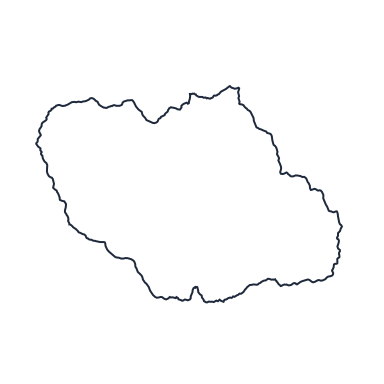 the district of San José Del Palmar, Chocó, Colombia, rotated 68°
{"feature_id": "7082276B34896182965166", "entity_name": "San José Del Palmar", "entity_type": "district", "adm_level": 2, "iso_a3": "COL", "parent_name": "Colombia", "parent_adm1": "Chocó", "projection": "mercator", "projection_center": [-76.278, 4.967], "detail": "fine", "context": "isolated", "style": "outline", "palette": "slate", "viewbox_px": 384, "rotation_deg": 68, "n_neighbors": 0, "source": "geoboundaries", "source_scale": "gbopen_adm2", "svg_char_len": 5985}
<svg xmlns="http://www.w3.org/2000/svg" viewBox="0 0 384 384"><g transform="rotate(68 192 192)"><path d="M280.2,65.9L278.6,66.1L277.2,66.9L275.1,66.9L269.1,65.7L266.6,65.0L264.4,64.9L263.9,65.6L263.9,67.7L263.7,68.7L262.1,70.2L261.6,71.2L260.9,72.0L260.3,72.2L256.1,72.2L254.0,72.6L247.1,72.7L244.0,71.3L240.4,71.5L238.9,72.1L238.2,73.0L238.1,74.1L237.5,75.1L236.0,76.0L234.9,77.3L234.8,80.6L234.6,81.1L232.4,81.1L230.4,80.4L227.6,80.5L226.1,81.0L222.2,81.0L220.7,81.8L219.9,82.4L219.5,84.0L217.8,85.5L216.0,88.4L215.4,90.0L215.4,92.2L215.1,93.3L214.2,94.8L213.2,95.0L211.4,96.2L210.2,96.4L209.3,97.0L209.5,100.2L209.2,101.4L208.3,102.8L206.6,102.8L203.9,100.7L202.3,100.1L199.5,99.9L195.1,100.1L193.3,98.6L190.1,98.8L189.2,99.1L188.7,99.0L186.8,97.7L183.6,97.3L182.0,97.3L180.4,97.7L179.0,98.6L177.9,98.6L174.5,98.2L170.1,97.1L169.1,97.1L167.9,97.3L167.0,98.0L165.4,100.2L163.8,100.5L161.8,102.7L160.0,104.3L158.8,105.9L157.8,106.5L156.2,108.0L149.2,108.0L146.4,107.2L139.8,107.7L138.6,108.1L136.7,109.6L135.1,110.0L134.2,110.7L132.5,111.4L130.9,111.7L129.7,112.7L128.3,115.0L127.6,115.1L126.2,114.1L125.7,114.0L122.4,113.8L120.7,112.4L116.8,111.9L113.9,109.6L113.5,109.4L112.7,109.8L112.7,111.5L112.3,113.6L109.9,116.4L108.0,117.2L108.0,117.8L109.2,122.0L109.8,127.5L111.3,130.4L111.3,132.0L111.6,132.4L111.6,133.5L111.6,134.0L111.0,134.8L110.9,135.4L111.0,135.9L112.1,137.3L112.3,139.8L112.0,140.1L112.0,140.8L110.7,142.3L110.7,143.3L109.5,143.9L108.9,146.0L107.8,146.7L106.7,149.4L106.1,150.3L104.0,151.9L103.0,151.9L102.7,152.5L101.6,153.1L101.6,153.7L101.0,154.5L101.1,155.8L100.6,156.4L100.3,157.2L102.4,157.8L104.5,158.9L107.0,160.9L108.5,161.7L108.6,162.8L107.3,163.3L107.1,163.7L107.2,167.0L108.0,169.4L108.4,169.7L109.7,170.1L111.1,172.3L110.0,174.3L108.7,175.3L107.9,176.3L106.6,178.1L106.3,178.9L105.5,179.8L105.9,182.0L106.4,182.4L106.9,183.3L108.3,184.4L109.2,187.2L109.8,188.2L110.5,188.6L110.7,192.5L111.7,193.7L111.6,194.6L111.8,195.6L113.4,197.1L114.0,198.0L114.2,199.1L114.1,201.0L113.3,202.4L108.2,207.3L105.5,207.7L103.5,208.6L101.6,209.0L98.9,208.6L95.5,210.7L91.7,211.9L87.2,212.2L84.6,212.9L83.9,214.2L83.6,215.8L82.9,217.3L82.6,221.7L83.4,223.1L84.6,224.0L84.9,224.6L85.0,225.6L84.9,226.9L84.0,229.2L83.7,229.9L82.5,231.3L82.1,232.4L82.4,233.9L82.0,234.5L82.1,235.9L81.8,237.0L82.1,239.6L80.6,242.3L78.2,244.2L76.2,245.5L72.9,245.8L71.1,247.3L70.6,247.3L68.9,248.2L67.9,249.0L67.2,250.2L67.1,251.5L67.7,252.9L67.9,255.1L67.8,257.2L67.2,259.3L67.2,261.0L65.7,263.4L65.4,265.7L64.3,267.5L63.7,269.8L64.4,274.4L64.4,277.6L63.7,280.0L61.5,282.5L61.2,284.1L61.1,285.8L61.7,286.6L61.9,288.5L62.5,289.7L62.2,291.0L63.1,291.5L63.5,292.1L63.9,294.6L64.6,295.4L66.0,295.8L68.4,299.3L69.9,299.4L70.3,299.7L70.8,300.5L71.7,304.6L72.7,305.9L74.7,306.9L76.8,310.0L78.2,311.0L79.8,311.1L81.9,310.8L82.8,311.0L85.0,315.1L87.2,316.1L87.7,316.6L88.5,318.2L89.1,318.4L92.4,317.6L94.6,316.2L95.2,316.3L96.4,317.0L98.7,316.4L99.4,317.4L100.1,317.8L101.7,317.5L102.2,317.1L104.8,317.7L107.5,317.5L109.0,317.1L110.5,316.2L112.8,316.1L118.3,318.7L120.4,319.1L123.5,318.8L125.3,317.7L126.2,316.6L127.7,316.2L132.8,316.9L135.7,319.0L136.2,319.1L138.4,318.1L139.9,317.0L141.7,317.1L143.0,316.7L144.8,316.7L147.7,316.8L149.2,317.4L149.9,317.4L151.7,315.6L152.8,313.9L156.0,313.3L159.1,314.9L161.3,316.6L162.1,317.0L163.4,317.3L165.5,316.8L166.8,316.8L167.3,316.5L169.5,316.4L171.5,317.0L172.1,317.6L172.5,317.7L175.6,317.5L176.1,317.8L176.2,317.5L177.3,316.6L179.0,315.7L180.0,315.5L182.8,313.6L185.3,312.5L186.9,312.2L188.0,310.9L190.0,309.2L190.9,307.9L192.5,307.0L195.0,307.0L195.3,306.9L196.0,305.9L197.0,305.6L198.2,304.1L198.6,303.1L200.1,301.9L200.9,300.3L201.4,299.8L204.0,295.9L205.4,292.5L206.0,291.7L207.2,291.7L209.7,292.4L213.6,292.2L216.1,291.4L223.4,287.6L224.1,287.0L225.5,284.5L227.2,282.6L228.1,280.2L228.3,278.5L229.2,276.5L231.4,273.7L233.2,272.3L234.5,271.7L235.3,271.6L237.2,271.6L240.0,272.4L241.0,272.4L241.5,272.1L245.7,272.2L250.4,270.1L252.4,269.9L254.8,270.3L258.4,269.5L260.0,268.6L263.9,267.7L267.8,267.8L273.0,266.7L275.6,265.4L276.7,264.4L277.1,263.5L277.7,260.0L278.2,259.2L280.7,257.6L281.9,256.2L281.8,253.8L281.0,251.9L282.0,251.0L282.3,249.5L284.3,246.9L284.3,246.5L283.6,245.8L285.0,244.7L286.5,244.7L288.1,242.7L289.1,241.9L289.3,241.3L289.0,238.8L290.9,236.3L290.8,234.0L290.0,233.0L288.3,232.3L285.0,229.0L283.4,228.3L281.8,226.7L281.6,225.9L282.0,225.1L281.3,224.7L281.3,224.2L281.9,223.9L281.9,222.9L282.3,222.7L286.1,223.3L287.2,223.7L289.7,223.0L291.5,221.8L293.6,222.3L296.0,221.6L297.7,221.8L298.5,221.0L299.2,220.7L300.0,219.5L299.9,217.3L300.8,215.9L301.1,214.6L302.2,213.1L301.8,210.1L303.0,208.9L302.2,206.7L303.6,206.0L305.6,203.9L304.2,202.4L304.1,202.0L304.5,200.7L304.3,200.3L304.4,199.7L304.0,198.5L304.1,196.2L305.0,195.0L304.8,193.9L304.2,193.0L305.1,191.8L304.6,189.0L304.6,187.4L304.0,186.1L304.6,184.9L304.7,184.3L303.9,181.6L302.1,179.0L301.8,178.0L300.9,176.6L299.9,173.3L300.4,171.6L300.7,169.7L302.4,166.3L302.4,165.5L301.9,164.6L301.8,162.4L301.3,161.4L301.1,158.4L301.6,156.8L300.9,154.1L301.4,153.1L303.1,151.1L303.5,149.6L303.9,149.2L304.1,147.6L305.5,147.5L306.0,147.0L307.0,147.0L307.8,146.6L310.0,146.2L311.4,145.3L312.4,145.1L312.6,144.6L312.3,142.4L312.4,140.9L313.2,139.6L313.2,139.0L314.8,137.4L315.1,136.3L315.3,134.7L314.6,132.2L314.9,130.9L315.6,130.1L316.5,129.9L317.0,129.2L316.0,125.1L316.0,122.9L316.5,117.4L317.5,116.1L320.3,114.4L321.1,113.6L321.3,111.4L320.9,108.5L321.3,107.1L322.4,105.9L322.9,104.3L322.8,101.0L322.0,99.6L321.5,98.0L321.6,96.3L321.9,95.8L322.0,93.6L321.4,92.3L320.2,91.5L318.1,91.5L317.6,91.7L316.9,91.3L316.5,90.6L315.0,89.0L312.3,87.5L312.2,86.0L312.6,85.3L312.7,84.5L312.3,83.8L308.5,82.4L308.0,81.5L307.9,80.4L307.5,79.6L305.5,79.0L304.6,79.0L303.3,78.3L302.3,77.0L301.7,76.8L301.2,76.6L299.2,77.7L297.0,77.6L294.2,75.2L292.4,74.1L290.7,74.0L290.0,74.8L288.8,74.8L287.3,73.0L284.8,72.0L283.7,69.5L281.6,67.7L280.2,65.9Z" fill="none" stroke="#1e293b" stroke-width="2"/></g></svg>